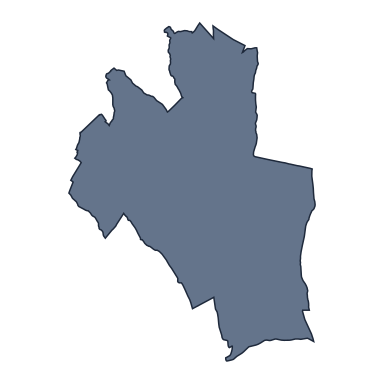 San José Teacalco, Tlaxcala, Mexico
{"feature_id": "50627088B31209482896746", "entity_name": "San José Teacalco", "entity_type": "district", "adm_level": 2, "iso_a3": "MEX", "parent_name": "Mexico", "parent_adm1": "Tlaxcala", "projection": "equal_earth", "projection_center": [-98.053, 19.323], "detail": "fine", "context": "isolated", "style": "filled", "palette": "slate", "viewbox_px": 384, "rotation_deg": 0, "n_neighbors": 0, "source": "geoboundaries", "source_scale": "gbopen_adm2", "svg_char_len": 5877}
<svg xmlns="http://www.w3.org/2000/svg" viewBox="0 0 384 384"><path d="M68.9,193.1L70.8,195.1L72.5,198.3L76.4,201.8L77.6,204.1L78.0,205.5L78.8,206.5L83.9,209.2L85.6,210.2L87.4,210.8L88.1,210.7L90.5,213.1L91.5,214.8L92.5,215.9L94.7,217.1L95.3,217.8L97.5,221.6L98.3,222.7L98.5,223.6L98.5,225.8L98.7,226.6L99.0,227.2L99.1,228.4L99.5,229.1L100.3,229.6L101.3,230.0L102.6,231.5L103.0,232.5L103.3,235.0L103.7,236.0L105.3,238.2L111.9,230.2L113.1,229.1L115.7,226.2L116.6,224.4L123.7,213.4L124.1,214.1L124.5,214.5L125.0,215.3L125.6,215.7L125.8,216.2L126.7,216.7L127.5,218.1L127.9,219.6L128.4,220.3L129.8,220.4L130.9,221.6L132.2,223.8L135.1,227.8L136.5,230.3L137.9,233.3L140.5,238.2L140.5,239.4L141.2,239.8L142.2,239.7L143.7,241.6L144.6,243.1L145.6,244.2L146.2,244.6L146.5,245.1L148.9,246.3L149.5,246.3L150.0,246.5L151.1,247.3L153.5,249.2L155.0,250.1L155.8,250.3L157.0,250.2L158.6,251.0L159.8,251.9L162.1,254.2L166.4,260.1L167.2,261.6L169.4,265.4L171.7,268.5L177.8,278.3L177.7,281.3L178.2,282.3L179.2,282.8L181.5,282.9L182.9,285.1L184.9,289.3L187.9,296.1L189.7,299.6L190.8,302.7L192.5,308.7L213.8,297.3L215.5,309.1L217.1,311.9L217.6,314.0L218.2,317.8L218.7,323.5L219.2,327.2L221.7,335.1L222.1,337.6L222.9,339.1L223.7,339.7L226.9,340.4L227.5,340.8L227.8,341.1L228.1,345.1L228.4,346.4L229.0,347.4L229.4,347.6L232.0,346.1L232.3,346.2L232.3,347.5L232.1,349.4L231.6,351.6L230.8,354.0L229.9,355.5L227.0,357.2L225.8,357.7L225.7,358.8L225.9,359.8L226.2,360.5L226.5,360.9L227.0,361.0L228.9,360.6L231.8,359.9L233.5,359.3L236.9,356.3L241.9,353.2L243.7,351.7L248.8,346.8L256.1,345.0L258.2,344.2L260.6,342.9L264.4,340.5L264.9,340.3L266.2,340.1L267.0,340.1L269.3,340.5L270.1,340.5L271.1,340.3L274.9,339.1L275.9,339.0L276.6,339.1L281.3,340.1L284.1,340.3L289.7,340.2L291.6,339.9L295.3,339.0L298.2,339.0L300.8,339.3L307.0,338.3L307.6,338.3L308.3,338.6L313.7,341.5L313.0,338.7L311.4,333.8L304.8,319.5L302.5,311.3L302.7,310.2L309.3,310.2L308.6,307.2L308.7,305.5L308.6,303.1L308.4,301.9L308.3,301.1L307.8,299.6L307.7,299.2L307.7,298.6L307.5,298.0L307.3,294.7L307.1,294.0L307.2,292.9L307.6,291.4L307.7,290.8L307.6,290.0L307.3,289.2L307.2,288.1L306.2,285.6L305.1,283.6L303.0,280.6L301.5,277.0L301.3,275.1L300.8,266.5L300.3,264.5L300.5,262.4L300.2,260.9L300.5,258.5L300.5,256.1L301.1,251.7L302.4,245.2L304.3,236.6L304.6,234.4L305.7,226.1L306.8,222.7L307.7,221.1L308.8,219.6L309.0,218.2L309.7,215.9L310.6,213.6L311.2,212.4L311.9,210.8L313.5,209.4L314.1,208.4L315.0,206.0L315.1,204.5L314.8,201.7L314.0,198.8L313.5,192.7L313.3,188.5L312.9,184.6L311.8,176.2L311.9,170.8L312.2,169.0L310.4,168.4L299.4,166.0L297.3,165.7L289.7,164.0L289.2,164.0L285.2,162.9L282.1,162.4L267.9,159.5L255.1,156.7L254.0,156.1L253.6,155.4L253.4,154.7L253.6,151.9L255.2,146.6L255.7,145.4L256.3,143.5L257.1,137.9L256.9,136.0L256.7,134.4L255.9,132.5L255.9,131.4L255.6,130.8L255.6,128.9L256.1,127.0L256.1,125.9L255.6,124.4L255.4,123.1L255.6,122.7L256.7,120.0L257.0,117.9L257.2,115.2L256.5,113.6L255.6,112.2L256.3,107.1L255.8,103.9L255.5,100.0L255.5,96.2L255.6,94.0L255.2,93.3L252.2,92.7L251.8,92.1L251.6,91.3L251.9,90.4L252.8,89.1L253.0,87.2L253.3,82.7L253.9,78.9L254.1,76.5L254.5,74.7L255.4,72.9L255.8,70.3L256.6,68.3L256.9,66.6L257.2,65.7L258.0,64.6L258.2,63.3L257.5,61.5L257.2,55.9L257.6,52.7L257.2,50.9L256.7,47.8L255.1,47.8L251.1,48.8L247.3,48.6L246.9,48.9L246.5,49.3L246.0,49.6L244.3,51.0L243.5,51.9L242.4,52.5L245.0,45.6L233.3,39.6L217.4,29.1L213.0,25.9L213.1,28.0L213.5,30.9L213.4,34.5L213.6,38.6L199.7,23.0L197.8,25.8L194.8,30.7L193.2,32.3L192.4,32.9L192.1,32.9L191.7,31.6L189.6,31.6L188.4,31.3L187.1,30.8L184.5,30.6L181.0,31.5L180.4,31.6L179.5,31.5L178.3,31.4L176.5,32.3L175.2,33.3L174.5,33.4L173.9,32.8L173.5,31.6L172.9,30.8L171.2,29.4L170.7,28.1L170.4,27.3L169.6,26.8L169.0,26.6L168.4,26.7L167.7,27.5L166.8,27.9L164.9,29.5L164.3,30.3L164.5,32.1L165.2,32.4L165.8,32.2L166.5,32.4L167.6,33.1L167.8,33.5L167.8,34.5L167.7,35.1L167.4,35.7L167.4,36.1L170.4,37.6L170.7,37.9L170.6,38.7L170.0,39.6L169.7,40.5L169.7,41.2L169.9,41.8L169.9,42.9L169.1,44.9L169.2,46.5L169.2,48.0L168.9,48.8L168.3,49.9L168.2,50.9L168.4,52.3L169.6,53.6L170.3,55.4L170.0,56.7L170.7,59.0L170.3,60.9L170.5,61.7L170.5,63.1L170.3,64.3L169.8,64.9L169.2,66.0L169.0,69.2L169.1,70.0L169.7,71.0L169.7,71.7L170.6,74.5L171.0,75.4L171.5,75.9L172.1,75.9L172.7,76.1L173.5,77.0L174.0,78.1L174.6,78.7L174.9,79.3L174.8,80.3L174.8,82.2L175.3,84.5L176.2,85.4L177.0,86.5L178.3,88.9L179.1,90.1L180.6,93.1L181.2,94.9L181.3,95.5L181.9,96.8L182.8,97.7L181.7,98.1L174.7,105.3L168.5,111.3L167.4,112.0L166.0,109.3L162.4,104.4L161.1,103.5L156.6,100.6L154.1,97.5L152.7,96.4L151.5,96.3L148.9,95.1L147.0,94.9L143.7,92.9L141.8,90.0L137.5,86.7L136.0,86.1L132.5,83.1L130.9,79.9L125.9,75.8L124.1,71.2L118.4,70.0L116.7,70.4L114.0,68.1L111.5,70.0L110.7,70.7L110.8,71.0L108.6,73.1L107.9,73.5L107.4,73.5L106.9,73.7L106.4,74.2L106.2,74.7L106.2,75.1L105.9,75.7L105.8,76.3L106.1,77.4L106.9,78.3L108.4,79.2L109.3,79.9L108.4,80.1L107.9,80.4L107.1,81.9L106.6,82.5L106.5,82.9L107.1,83.8L107.5,85.6L107.8,87.2L108.4,89.9L109.3,90.6L111.0,92.6L112.4,95.0L112.8,98.0L112.8,104.7L113.2,106.4L114.2,108.3L114.3,109.2L114.7,110.4L114.6,111.6L114.2,112.4L114.0,114.4L113.8,115.1L113.8,115.8L113.4,117.1L113.4,118.6L112.7,119.7L112.1,120.2L111.6,121.4L111.2,121.6L110.2,123.0L109.2,125.5L107.7,123.5L106.7,123.0L105.2,121.8L105.8,121.4L106.1,120.8L105.6,119.9L105.0,119.2L103.0,116.1L102.2,115.0L101.4,114.3L100.3,114.6L99.4,115.2L99.2,114.9L81.2,132.1L80.2,132.4L80.0,132.6L80.0,133.0L80.3,133.4L80.0,133.8L80.1,134.6L80.3,135.2L80.2,136.4L79.8,137.6L79.7,139.0L79.4,140.5L78.9,142.7L78.3,143.6L77.5,145.1L76.4,148.6L75.8,149.5L76.7,150.0L77.8,150.4L77.7,151.1L77.2,151.7L77.1,152.5L77.6,152.8L77.3,154.2L77.1,154.9L76.0,156.8L74.8,158.2L76.3,159.4L77.8,159.8L79.8,161.0L81.2,162.6L80.4,164.0L72.8,176.4L70.8,180.3L71.6,180.8L73.1,182.1L69.7,190.7L68.9,193.1Z" fill="#64748b" stroke="#1e293b" stroke-width="1.5"/></svg>